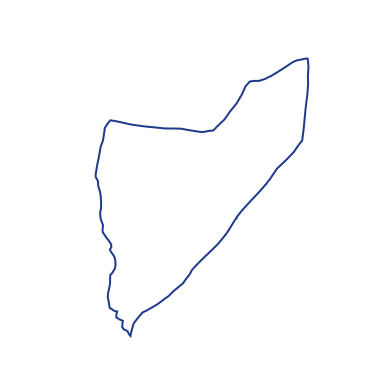 outline of Bolloh, Grand Kru, Liberia, rotated 11°
{"feature_id": "62588387B86571798658395", "entity_name": "Bolloh", "entity_type": "district", "adm_level": 2, "iso_a3": "LBR", "parent_name": "Liberia", "parent_adm1": "Grand Kru", "projection": "robinson", "projection_center": [-8.406, 4.96], "detail": "fine", "context": "isolated", "style": "outline", "palette": "blue", "viewbox_px": 384, "rotation_deg": 11, "n_neighbors": 0, "source": "geoboundaries", "source_scale": "gbopen_adm2", "svg_char_len": 1750}
<svg xmlns="http://www.w3.org/2000/svg" viewBox="0 0 384 384"><g transform="rotate(11 192 192)"><path d="M229.4,71.9L227.6,72.6L224.4,78.0L222.3,86.8L218.9,96.5L213.8,106.1L210.1,114.5L204.9,121.8L201.1,127.6L196.2,129.0L192.8,130.6L189.3,131.4L179.2,131.8L168.5,132.0L153.1,134.8L141.0,135.9L133.8,136.6L120.2,137.4L104.8,137.0L98.3,137.2L96.5,140.1L94.2,145.7L94.5,150.8L94.8,158.2L93.7,165.2L93.9,175.4L93.8,184.7L94.1,193.4L94.7,195.8L97.6,199.2L98.8,203.9L101.4,208.8L102.9,212.6L104.5,218.4L105.8,225.0L105.8,230.2L107.4,235.6L109.0,238.3L111.0,241.6L111.4,246.0L112.0,248.5L117.0,253.4L120.8,256.8L122.8,259.1L123.3,262.1L122.3,264.0L123.5,265.8L126.7,268.8L128.6,271.1L130.0,274.5L130.9,278.4L130.8,282.5L128.7,287.7L127.6,289.0L128.3,293.5L129.0,297.2L129.1,301.4L128.9,307.5L129.5,311.9L131.3,315.9L133.3,321.5L136.2,322.5L138.7,323.7L141.3,323.5L141.2,327.3L141.6,329.5L145.1,330.9L148.7,331.6L148.8,334.2L149.3,338.0L151.3,339.8L155.2,340.9L157.5,343.9L159.1,345.0L159.0,342.7L159.4,336.5L159.9,331.9L163.7,324.4L165.6,321.3L166.4,319.7L169.7,317.3L172.6,314.8L179.6,308.7L185.9,301.7L188.8,298.7L191.0,295.4L192.4,293.3L196.8,287.9L200.6,283.3L202.5,279.0L205.7,272.6L206.6,269.1L208.4,265.9L212.4,259.7L216.4,253.8L222.7,245.0L227.4,238.0L231.7,230.2L234.3,224.9L234.8,223.8L237.5,216.6L239.9,210.3L240.9,209.2L240.5,208.4L244.8,200.2L251.2,189.7L257.7,179.5L263.7,169.2L266.1,164.3L271.0,152.8L278.8,141.9L280.3,139.5L284.6,132.8L287.0,127.0L290.3,120.4L289.6,108.8L288.8,100.9L287.6,88.6L286.6,74.2L285.4,63.9L283.7,56.4L282.3,46.1L280.8,41.3L280.1,39.0L278.7,39.2L271.8,42.0L269.7,42.8L266.0,45.4L261.5,49.9L253.8,57.3L247.6,62.9L241.8,67.3L236.7,70.1L232.2,71.0L229.4,71.9Z" fill="none" stroke="#1e3a8a" stroke-width="2"/></g></svg>